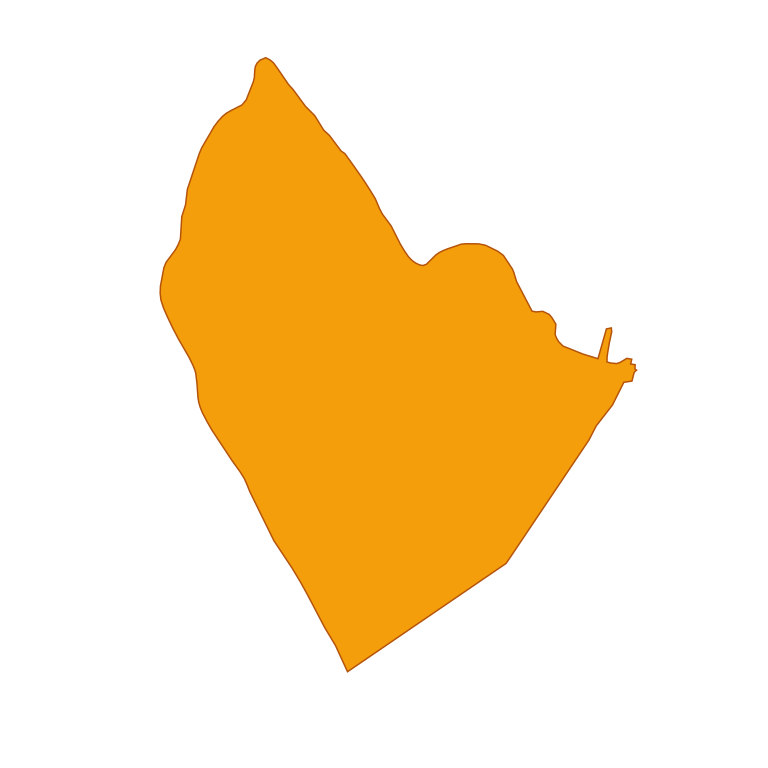 outline of Ngermasech, Palau, rotated 104°
{"feature_id": "81905179B83677896294556", "entity_name": "Ngermasech", "entity_type": "district", "adm_level": 2, "iso_a3": "PLW", "parent_name": "Palau", "parent_adm1": "", "projection": "albers", "projection_center": [134.129, 6.897], "detail": "fine", "context": "isolated", "style": "filled", "palette": "amber", "viewbox_px": 768, "rotation_deg": 104, "n_neighbors": 0, "source": "geoboundaries", "source_scale": "gbopen_adm2", "svg_char_len": 1739}
<svg xmlns="http://www.w3.org/2000/svg" viewBox="0 0 768 768"><g transform="rotate(104 384 384)"><path d="M309.4,142.3L308.8,144.1L304.5,145.0L304.9,149.5L300.0,149.6L300.4,154.6L306.0,160.2L307.9,163.2L308.8,169.2L308.7,172.9L304.2,174.0L300.1,174.5L289.7,175.3L278.2,175.7L274.6,177.0L276.7,181.5L307.7,182.5L306.8,198.6L303.9,219.5L300.6,224.9L297.7,227.7L294.7,229.9L284.4,231.7L279.0,237.1L276.5,240.5L275.1,247.5L277.3,254.0L277.5,258.0L252.6,280.1L244.2,285.1L241.2,287.4L230.4,299.2L227.7,305.6L224.8,319.1L225.1,325.9L228.0,338.1L229.6,342.8L237.2,354.6L240.2,358.8L243.0,362.1L246.2,364.9L257.7,371.9L259.7,375.1L259.8,378.5L259.0,382.6L257.3,386.8L254.5,391.2L250.0,396.3L244.2,402.1L229.1,415.1L219.5,426.7L214.8,430.9L206.4,437.2L198.7,445.0L190.1,454.2L180.7,465.0L170.0,477.6L168.3,482.0L156.1,497.0L152.3,503.9L140.4,516.1L133.5,527.5L120.4,543.3L116.5,549.1L103.5,563.7L99.3,568.7L97.4,572.3L96.0,577.6L99.7,582.6L103.3,584.8L106.9,585.6L110.3,585.4L118.2,583.9L122.3,583.9L141.5,586.4L147.6,589.3L155.4,598.3L159.2,602.3L163.6,605.6L168.9,608.4L175.4,611.2L180.7,612.7L198.9,618.0L205.1,619.0L242.7,621.9L258.2,619.9L270.5,620.7L292.7,616.6L298.5,617.4L304.1,618.8L318.7,624.9L324.4,625.7L343.1,624.6L349.9,623.2L356.4,620.8L363.6,616.3L371.5,610.2L381.2,602.2L390.5,593.9L405.4,579.5L412.1,573.9L415.8,571.2L419.2,569.2L428.2,565.8L442.2,561.2L446.6,559.3L451.1,556.7L456.2,552.9L463.4,546.5L470.4,539.8L495.1,512.9L503.9,502.5L509.5,496.7L515.0,492.4L521.0,488.1L562.7,452.9L585.0,428.5L595.6,417.9L606.5,407.7L634.9,382.4L649.5,367.8L672.0,349.8L528.5,222.1L520.6,219.2L389.1,171.7L373.2,167.9L349.0,157.2L324.3,151.7L321.2,144.1L312.2,144.1L309.4,142.3Z" fill="#f59e0b" stroke="#b45309" stroke-width="1.5"/></g></svg>